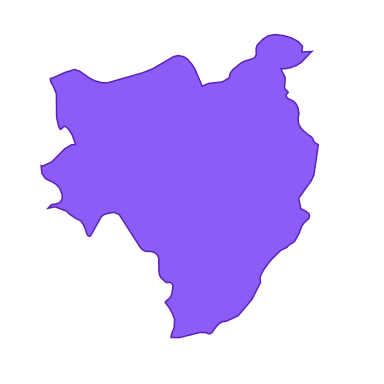 SVG path tracing the border of Dibër, rotated 259°
{"feature_id": "ALB-1526", "entity_name": "Dibër", "entity_type": "County", "adm_level": 1, "iso_a3": "ALB", "parent_name": "Albania", "parent_adm1": "", "projection": "equal_earth", "projection_center": [20.235, 41.61], "detail": "fine", "context": "isolated", "style": "filled", "palette": "violet", "viewbox_px": 384, "rotation_deg": 259, "n_neighbors": 0, "source": "natural_earth", "source_scale": "10m", "svg_char_len": 2399}
<svg xmlns="http://www.w3.org/2000/svg" viewBox="0 0 384 384"><g transform="rotate(259 192 192)"><path d="M330.4,295.6L330.8,296.8L330.7,303.6L328.0,311.9L324.4,318.8L319.4,325.0L314.0,328.3L308.5,326.6L307.1,336.4L307.0,336.2L298.4,324.0L296.3,318.9L295.3,312.3L295.2,307.3L296.1,303.0L292.5,303.6L287.1,305.3L282.3,304.3L277.6,302.8L275.3,303.0L273.8,303.9L272.7,305.0L271.3,305.4L269.6,303.1L267.9,302.8L265.8,303.7L262.1,308.5L259.6,310.5L256.9,311.5L253.8,312.1L248.3,311.9L244.0,310.2L240.5,309.7L237.0,310.0L233.9,311.2L231.1,312.9L225.4,317.4L224.2,319.0L222.8,320.0L221.4,320.7L219.0,321.3L217.6,321.8L216.6,322.4L214.3,325.0L185.4,314.9L180.1,311.0L165.6,295.6L154.9,295.6L152.8,298.6L148.7,302.5L146.1,302.9L143.7,301.6L140.4,296.2L137.7,293.3L131.2,289.4L124.2,283.5L123.0,281.4L122.3,279.5L121.9,277.8L119.7,274.7L119.1,273.3L118.7,271.1L117.7,267.8L109.8,256.0L102.4,247.9L97.9,244.2L94.7,242.3L90.3,242.1L75.2,230.4L61.7,213.7L58.6,201.0L58.9,197.5L57.7,193.7L55.9,190.9L50.2,184.6L49.4,182.5L49.9,180.7L51.1,179.4L52.6,173.1L51.5,151.9L53.2,143.6L54.5,143.9L57.6,145.5L61.9,148.5L70.3,150.6L75.7,149.8L82.5,147.7L88.5,144.7L89.7,145.4L92.0,149.8L93.6,151.3L96.2,153.0L103.9,155.5L106.3,154.6L107.7,152.6L107.8,150.8L108.1,149.4L109.4,148.3L114.1,144.9L116.5,144.4L120.5,144.4L133.8,146.8L137.2,145.8L139.7,143.7L141.2,141.0L142.7,135.0L144.3,132.8L147.2,130.8L183.8,116.2L186.8,111.7L187.1,108.7L186.8,101.8L185.1,98.3L168.7,84.4L168.1,82.7L169.0,81.5L171.4,80.7L175.3,80.3L180.1,79.4L184.8,77.4L188.1,73.1L193.0,68.1L197.2,65.1L203.6,54.7L203.5,47.6L206.2,51.1L206.4,52.5L206.4,54.3L206.2,56.0L206.5,58.5L207.6,61.1L210.5,63.5L214.6,64.0L221.6,62.5L225.6,59.9L228.7,56.7L230.9,53.4L233.3,50.6L238.9,48.2L246.6,48.9L246.0,50.5L248.3,60.0L259.0,75.8L261.4,83.0L260.8,86.8L270.2,85.5L275.5,83.6L279.5,81.2L281.0,79.0L279.9,77.4L278.8,76.0L278.7,74.4L282.9,73.6L290.8,73.3L314.4,77.6L320.7,76.4L327.3,74.4L330.5,74.7L330.6,77.4L333.6,90.0L334.3,97.1L334.6,100.3L332.1,104.7L323.3,113.2L319.5,118.1L316.4,124.7L315.3,130.0L318.4,166.1L320.4,176.8L328.5,200.0L328.5,203.3L328.6,204.4L326.5,209.6L323.3,212.8L318.1,215.9L312.6,218.2L294.0,222.2L295.4,229.3L294.3,242.8L297.0,250.2L301.3,252.2L304.2,255.2L308.3,262.9L309.1,264.3L310.4,268.2L311.2,276.3L311.9,279.1L314.6,281.3L321.0,282.4L323.9,284.2L328.4,290.6L330.4,295.6Z" fill="#8b5cf6" stroke="#5b21b6" stroke-width="1.5"/></g></svg>